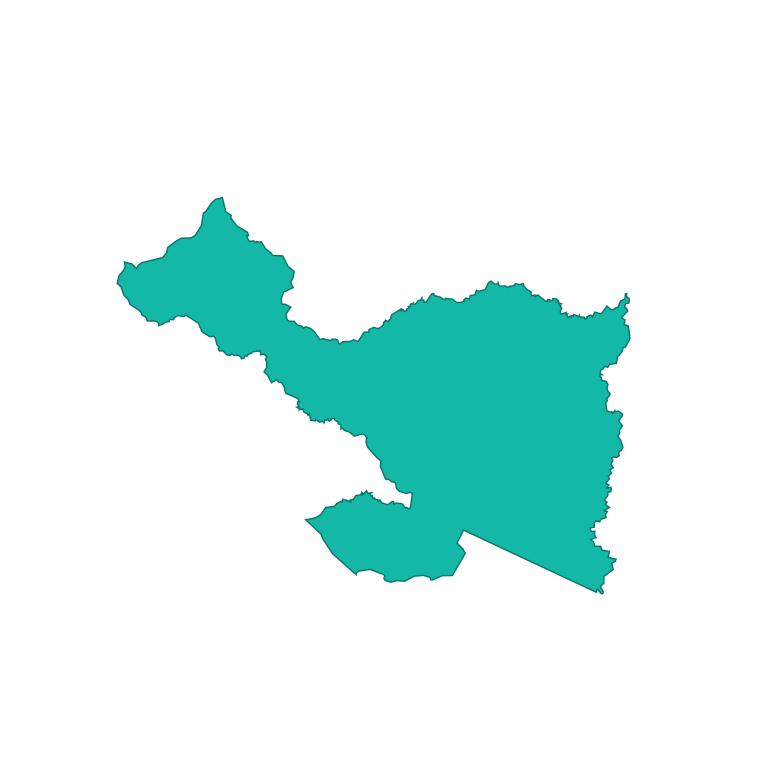 outline of Chiriguaná, Cesar, Colombia, rotated 205°
{"feature_id": "7082276B64056915020692", "entity_name": "Chiriguaná", "entity_type": "district", "adm_level": 2, "iso_a3": "COL", "parent_name": "Colombia", "parent_adm1": "Cesar", "projection": "orthographic", "projection_center": [-73.541, 9.425], "detail": "fine", "context": "isolated", "style": "filled", "palette": "teal", "viewbox_px": 768, "rotation_deg": 205, "n_neighbors": 0, "source": "geoboundaries", "source_scale": "gbopen_adm2", "svg_char_len": 6164}
<svg xmlns="http://www.w3.org/2000/svg" viewBox="0 0 768 768"><g transform="rotate(205 384 384)"><path d="M97.9,312.7L101.9,317.8L99.4,321.1L99.7,323.3L107.5,321.7L109.1,327.4L116.2,325.6L119.2,328.4L124.4,325.9L127.3,329.4L131.1,330.1L127.0,334.4L129.7,336.6L130.6,339.6L133.9,337.9L136.6,340.5L132.9,343.2L134.6,346.8L134.5,349.4L130.3,350.3L130.2,353.1L126.3,356.8L128.2,359.4L127.8,362.7L130.9,362.3L127.5,367.4L132.5,368.4L132.0,371.2L135.4,372.0L134.0,377.2L135.2,380.7L133.0,382.3L133.4,384.5L134.8,386.2L138.1,383.8L137.6,387.5L141.1,387.8L139.7,393.4L141.9,395.4L140.0,399.4L143.1,401.6L140.8,405.0L144.5,407.2L144.3,411.5L146.6,413.0L145.1,414.9L142.0,415.8L140.5,418.6L141.9,419.8L142.2,422.6L140.9,423.9L140.6,427.3L145.7,433.1L150.2,435.4L149.6,439.2L151.1,441.4L150.2,446.9L155.8,449.7L154.5,456.3L156.0,457.8L160.2,458.5L162.5,456.5L163.5,457.5L164.3,453.8L165.8,455.1L167.3,453.9L170.8,454.0L174.9,460.3L174.6,463.3L176.0,465.0L174.7,469.0L175.2,471.0L178.1,472.0L180.5,475.2L180.7,478.0L183.7,480.3L188.1,479.1L189.9,481.9L192.3,482.3L192.3,483.5L190.3,484.5L192.7,484.9L193.4,488.5L191.7,490.5L191.4,493.3L188.3,493.6L187.8,497.3L182.1,500.9L183.8,506.8L182.0,513.6L182.7,518.5L180.9,519.0L180.3,527.1L180.5,529.5L187.1,539.8L191.2,539.3L192.9,544.1L196.0,543.9L196.7,544.7L194.0,553.1L196.3,555.1L198.4,555.1L199.1,559.2L196.4,560.7L197.0,563.7L198.1,565.1L201.2,565.7L202.3,568.6L203.3,567.6L201.5,563.0L204.7,559.0L204.3,552.1L206.1,551.2L207.8,547.9L210.5,547.5L215.0,548.8L216.3,540.5L217.6,539.1L223.4,538.2L223.3,533.1L224.4,533.9L226.4,533.3L228.5,530.8L227.8,529.1L229.3,527.7L230.8,529.1L235.1,527.3L235.9,528.5L236.0,527.5L241.2,527.1L241.1,525.8L243.3,525.0L242.7,523.6L244.7,523.5L245.4,522.0L247.2,523.4L247.2,525.1L248.8,524.2L249.1,525.8L253.0,522.1L255.2,524.3L255.0,528.0L256.4,528.3L257.0,530.2L258.2,529.4L259.3,530.4L258.0,531.6L259.8,531.3L260.8,532.7L261.8,531.8L261.5,533.1L263.5,533.9L267.2,532.6L266.6,531.3L268.6,529.5L269.5,530.4L271.3,529.3L270.7,528.1L272.6,527.3L282.3,529.7L282.8,528.4L284.2,528.4L284.1,527.0L285.4,528.0L287.5,526.3L289.2,527.8L289.1,529.4L294.8,530.2L298.7,531.8L300.2,533.9L303.1,531.3L307.4,530.4L307.5,528.6L310.1,526.0L311.1,526.2L312.4,523.8L315.7,524.1L319.7,521.8L321.8,522.2L323.3,523.8L323.1,522.8L325.4,521.2L330.5,522.5L332.1,520.1L332.2,512.4L336.9,508.3L339.7,507.9L339.4,503.2L343.2,500.6L342.6,497.1L346.1,496.4L347.1,493.8L346.2,493.0L348.0,490.9L352.7,488.6L357.8,489.8L364.4,487.6L364.5,486.3L366.5,485.8L369.6,486.5L375.6,485.5L377.3,487.0L378.9,485.5L380.3,476.3L382.7,474.9L383.4,476.8L384.9,476.2L386.1,478.1L386.3,475.4L388.2,473.8L388.8,470.5L390.0,469.0L391.5,468.9L391.6,469.7L393.7,467.4L392.9,465.9L394.6,464.4L393.5,463.3L395.1,461.4L394.8,459.8L396.2,458.3L398.7,459.4L399.2,457.8L400.1,459.4L406.4,449.7L405.5,446.7L406.8,442.3L409.5,442.5L410.2,439.0L409.5,436.9L412.4,431.7L417.2,431.0L420.5,427.1L419.8,424.6L423.9,422.5L425.4,411.6L430.3,411.2L432.2,408.6L439.2,405.0L440.6,401.9L442.7,401.8L444.2,404.0L446.2,404.4L449.9,402.8L450.2,400.9L458.3,399.3L460.9,397.1L469.2,401.9L473.9,403.3L479.1,402.8L480.7,400.6L482.8,401.7L487.3,400.8L491.8,402.8L496.8,400.7L499.3,401.7L502.4,405.6L501.0,414.2L507.1,414.5L510.1,413.3L513.1,417.1L513.8,424.9L507.0,433.0L511.5,436.4L511.5,442.5L512.9,447.9L520.8,450.1L530.0,457.3L539.4,453.4L542.1,455.2L548.1,456.2L555.4,461.1L556.5,459.7L559.3,459.5L560.3,457.9L562.8,458.6L565.8,456.5L567.3,456.7L571.2,460.4L569.5,461.3L571.9,463.8L584.1,465.0L592.9,469.5L593.7,472.2L600.3,473.3L609.3,484.6L614.8,480.0L616.9,474.6L618.5,464.8L619.9,462.7L616.4,450.2L618.0,438.6L620.6,434.8L629.3,430.5L633.5,424.5L637.7,416.1L636.5,411.2L638.0,405.0L654.8,391.6L656.9,387.7L657.2,384.1L663.3,386.2L670.8,384.8L668.1,380.8L667.8,378.4L669.9,370.1L668.3,362.5L663.4,360.9L657.1,354.4L651.9,352.7L647.6,348.8L637.5,347.4L634.0,346.0L632.6,344.2L628.2,343.9L625.2,341.1L618.0,344.4L614.6,344.4L612.9,341.7L609.0,345.7L608.9,347.4L605.3,349.6L605.3,352.1L601.9,353.4L602.1,355.4L600.0,358.8L593.9,360.7L592.4,362.7L577.9,360.7L571.3,354.7L568.7,354.1L561.8,353.3L558.8,355.2L556.7,354.8L551.7,348.7L548.9,348.0L549.0,345.8L547.2,344.4L544.1,346.0L539.2,344.1L536.0,344.4L534.8,347.2L532.2,346.5L528.5,348.3L525.3,348.2L523.9,346.7L522.0,348.2L521.8,350.9L519.9,351.4L519.4,354.0L517.3,355.5L516.3,358.0L510.1,361.7L508.0,358.4L505.4,360.5L501.2,358.9L502.1,356.5L499.7,354.6L497.2,349.0L497.9,344.3L493.1,342.7L486.5,337.6L483.2,342.3L479.9,341.2L477.1,342.0L472.2,338.5L471.7,336.7L468.8,334.1L455.9,334.5L453.4,332.4L454.5,331.5L453.7,328.9L451.4,327.3L453.1,326.2L450.5,325.9L450.0,324.9L449.8,326.2L447.7,326.0L447.0,327.1L444.5,324.6L441.1,324.7L439.5,323.6L438.9,325.5L435.1,320.2L430.8,321.4L430.9,323.2L426.5,322.1L423.5,324.3L422.0,323.4L422.6,326.3L420.4,327.2L420.4,328.6L418.0,327.2L416.5,329.8L417.3,330.3L414.7,331.8L412.8,330.4L409.1,330.1L408.8,328.5L406.0,329.1L403.9,324.9L402.5,326.4L399.9,325.2L395.7,325.8L388.5,324.4L383.0,329.4L380.3,329.9L376.8,327.9L376.0,324.2L372.1,319.8L358.6,314.0L354.5,313.2L352.3,307.7L342.7,298.8L341.1,298.5L339.9,299.8L336.2,298.7L332.1,299.5L328.4,294.6L324.5,293.2L317.4,294.3L314.8,296.7L312.1,296.9L307.7,283.1L308.6,281.3L311.7,281.6L312.0,280.6L317.4,283.1L323.0,281.0L324.1,279.5L325.6,281.4L326.9,280.9L329.6,276.1L335.9,275.3L338.7,277.1L339.5,275.3L340.2,276.3L344.1,275.8L344.4,276.7L345.5,275.6L347.7,278.0L348.6,277.2L350.3,277.9L349.4,280.1L352.2,278.1L354.8,279.8L356.2,275.4L358.1,276.3L357.1,274.5L358.3,274.9L358.4,273.5L362.3,271.0L363.0,265.9L363.9,266.0L365.6,264.4L364.3,263.2L372.5,262.3L372.2,259.4L373.2,259.6L376.3,255.6L377.1,252.2L384.7,247.4L386.0,239.1L389.5,233.8L397.5,227.9L378.0,221.5L373.7,217.6L358.9,208.5L328.8,199.4L329.3,200.7L327.8,203.8L318.4,210.0L303.8,211.2L302.0,210.5L302.0,207.9L299.9,206.5L294.0,207.3L289.4,211.1L282.0,214.0L275.1,222.8L267.3,227.3L260.5,228.2L258.8,226.4L257.6,226.6L250.1,235.0L241.1,239.3L238.8,264.9L242.7,267.8L250.6,270.7L250.2,285.2L103.5,285.0L104.3,287.3L103.5,288.0L98.4,285.9L97.2,286.6L97.4,288.3L102.4,291.9L100.6,296.4L103.5,302.5L97.9,312.7Z" fill="#14b8a6" stroke="#0f766e" stroke-width="1.5"/></g></svg>